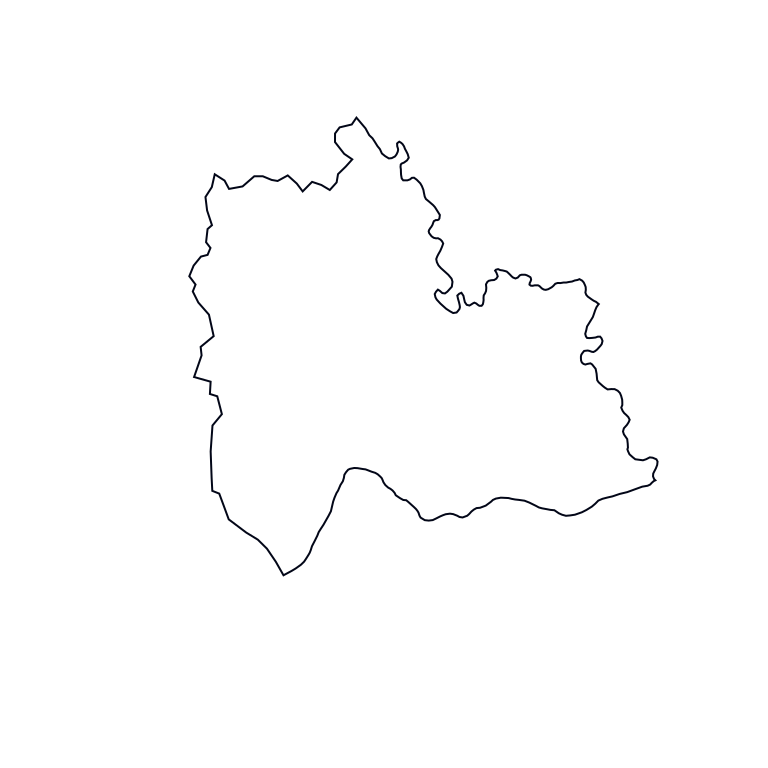 outline of Verkhnyadzvinsk, Vitebsk, Belarus, rotated 312°
{"feature_id": "67162791B82603429459213", "entity_name": "Verkhnyadzvinsk", "entity_type": "district", "adm_level": 2, "iso_a3": "BLR", "parent_name": "Belarus", "parent_adm1": "Vitebsk", "projection": "mercator", "projection_center": [28.26, 55.859], "detail": "fine", "context": "isolated", "style": "outline", "palette": "ink", "viewbox_px": 768, "rotation_deg": 312, "n_neighbors": 0, "source": "geoboundaries", "source_scale": "gbopen_adm2", "svg_char_len": 5758}
<svg xmlns="http://www.w3.org/2000/svg" viewBox="0 0 768 768"><g transform="rotate(312 384 384)"><path d="M494.0,650.1L494.1,648.3L495.4,645.7L497.6,644.0L500.1,643.3L503.2,642.5L506.6,641.2L509.4,639.2L510.3,636.8L509.0,633.0L507.3,630.6L503.4,629.1L500.6,627.5L498.4,624.3L496.2,621.1L496.0,617.6L496.0,613.5L497.3,610.4L498.4,608.5L499.9,607.9L502.7,605.1L505.8,601.6L506.4,599.0L507.1,596.0L508.6,593.4L511.6,591.9L514.0,591.9L516.2,591.9L519.2,591.4L521.8,590.5L522.9,587.7L523.1,584.7L523.1,581.9L523.7,579.3L525.2,576.1L527.8,575.2L530.0,573.2L531.7,571.5L533.9,568.1L535.2,565.3L535.4,562.2L534.5,558.8L532.2,556.2L529.6,553.8L529.1,550.8L528.9,548.0L528.9,544.7L528.9,542.3L529.5,539.9L531.4,537.8L533.9,535.1L535.1,533.5L536.9,531.1L537.2,529.2L537.8,525.6L537.5,523.6L535.0,521.7L533.2,520.6L532.4,518.8L532.4,516.6L533.3,514.8L534.9,513.1L536.4,511.8L537.9,511.0L540.2,510.7L542.5,510.6L545.2,513.0L546.0,514.4L547.0,516.9L547.9,518.2L549.7,518.9L552.1,519.3L554.3,519.3L557.2,519.3L559.3,519.1L562.2,517.6L563.5,515.1L563.8,512.9L562.2,511.2L560.1,510.1L557.6,507.9L555.6,506.0L554.1,504.1L554.5,502.2L555.9,500.0L559.5,498.2L562.6,496.4L567.0,495.6L573.5,494.4L576.4,493.2L580.1,491.6L583.3,490.5L586.4,490.1L587.1,490.1L586.9,486.5L586.2,484.2L585.8,481.5L585.3,477.0L585.6,474.6L586.7,472.5L589.0,471.0L591.0,469.0L591.9,467.3L593.1,464.5L593.4,462.1L592.7,459.1L590.8,458.2L588.6,456.5L586.0,455.2L583.6,453.2L581.3,451.5L579.5,449.5L577.1,447.6L575.2,445.4L573.1,444.2L570.2,444.2L568.1,443.9L564.3,442.6L562.2,441.2L561.2,439.7L560.7,437.8L560.7,435.9L560.8,434.0L560.4,432.5L558.2,430.0L556.4,428.7L555.3,427.3L555.2,425.6L556.6,424.7L558.2,424.3L559.9,423.6L560.9,422.3L561.3,421.3L561.0,419.8L560.4,417.5L559.7,415.9L558.8,414.8L557.2,413.1L555.7,412.2L554.6,412.2L552.6,412.2L550.4,411.1L549.5,408.8L549.4,406.9L549.6,404.5L549.7,401.9L549.7,400.0L549.0,398.5L547.8,396.2L546.4,394.1L545.7,391.9L543.8,390.7L542.6,390.7L542.0,392.9L541.0,394.9L540.1,396.5L537.5,397.0L535.0,396.3L532.8,394.2L530.8,392.8L529.0,392.5L526.3,393.1L523.9,395.7L521.4,397.6L519.1,398.4L516.6,398.8L514.5,400.4L513.1,401.8L511.2,403.1L509.4,404.1L507.4,404.2L505.9,402.5L505.6,400.5L505.6,398.8L504.9,396.7L503.3,396.1L501.4,395.6L499.5,395.0L498.2,392.5L498.9,389.4L500.4,387.2L502.7,384.0L503.6,380.5L501.4,379.5L498.8,379.3L496.9,381.9L494.9,385.1L493.2,387.5L491.9,389.0L490.2,389.9L487.8,390.1L485.7,390.1L483.0,387.9L482.2,384.4L481.5,379.9L481.5,376.7L481.5,372.1L482.0,366.7L482.8,364.3L484.8,361.5L487.4,360.9L490.2,360.9L490.6,363.3L490.6,366.5L492.1,368.7L495.0,369.3L497.8,369.3L501.7,369.3L505.8,366.5L507.5,363.7L508.2,358.7L508.2,351.3L508.2,348.7L508.6,345.1L509.9,341.8L511.8,339.2L514.4,338.2L517.0,337.5L520.7,336.7L524.8,335.3L528.0,334.0L528.9,331.7L529.1,329.3L528.5,326.7L527.0,325.1L525.9,323.1L525.6,320.5L526.3,316.7L527.3,315.1L528.5,314.5L530.8,314.1L532.5,314.0L534.9,313.5L536.4,312.8L538.4,312.1L540.5,312.8L541.4,313.9L542.6,314.6L544.1,314.4L547.0,312.4L548.5,307.1L549.5,303.6L549.8,301.0L549.7,295.5L549.5,291.4L550.5,288.9L552.9,285.6L554.6,283.4L556.4,279.8L557.4,276.7L557.7,271.6L557.4,268.3L555.9,266.8L553.4,266.4L551.0,265.1L548.2,262.0L548.6,259.6L550.9,256.7L552.7,254.9L554.7,253.0L556.4,251.0L558.3,249.6L559.6,249.6L561.9,250.7L565.6,251.5L568.7,251.0L570.7,247.8L571.8,245.0L572.8,242.2L574.0,239.9L574.7,237.3L574.7,235.3L574.3,233.2L572.3,232.8L571.5,232.8L569.5,234.8L568.4,236.7L567.5,237.8L565.8,238.8L562.9,239.7L560.4,239.9L557.0,238.6L554.9,236.7L554.1,232.4L553.9,228.2L555.8,223.8L556.4,220.0L557.9,214.8L558.9,211.0L559.0,206.6L560.7,201.7L561.6,199.2L563.5,185.3L555.3,186.4L545.0,179.3L537.4,180.0L531.0,185.7L528.4,200.4L529.7,210.1L520.1,210.1L509.2,209.4L502.1,213.9L491.9,213.9L490.0,204.3L486.1,195.3L472.7,194.7L474.6,185.1L474.6,172.9L463.7,169.1L460.5,164.0L457.3,155.0L451.6,148.6L436.2,146.7L425.3,138.3L428.5,129.4L426.6,117.9L415.1,124.3L403.5,126.2L394.6,136.4L386.9,149.9L381.1,149.2L370.3,156.9L369.0,164.0L361.9,166.5L356.2,162.7L344.6,163.3L333.8,167.2L331.8,177.4L324.8,180.0L320.3,191.5L318.4,207.5L305.6,225.4L288.9,222.9L283.2,229.3L262.1,238.2L269.7,253.6L260.1,261.3L263.3,268.3L253.1,283.7L238.4,284.3L217.9,300.3L198.7,318.9L189.7,327.9L192.3,334.9L185.9,347.1L179.5,359.2L181.4,381.0L183.9,394.4L183.3,407.2L179.5,422.6L174.6,437.3L183.2,440.4L187.8,441.8L194.1,443.2L198.5,443.5L202.0,443.0L206.6,442.2L208.9,441.7L211.6,440.7L215.3,439.0L221.1,437.5L226.8,435.9L230.2,434.6L234.3,433.9L238.9,433.2L248.9,431.0L253.9,429.7L262.6,424.9L266.4,423.3L271.1,421.7L274.0,421.2L279.9,419.2L284.2,418.5L287.4,417.0L290.0,415.3L293.0,414.8L296.3,414.7L298.2,415.5L301.7,418.1L303.8,420.7L306.6,425.1L308.2,427.4L309.3,430.2L310.5,433.4L312.1,436.9L312.7,439.7L312.7,443.3L312.5,445.4L311.6,447.4L310.6,449.4L309.8,452.6L309.8,456.4L310.4,458.9L310.6,461.6L310.2,464.7L309.2,467.2L309.9,472.3L310.7,475.9L312.5,478.3L312.6,480.8L312.6,483.3L312.6,485.3L312.6,488.6L312.5,491.4L312.1,493.7L311.5,495.7L309.9,498.5L309.2,500.6L310.1,505.4L312.4,508.6L315.5,511.3L318.9,512.7L323.3,514.4L326.1,515.7L328.5,517.0L331.8,519.8L333.6,522.5L335.1,526.5L335.7,529.1L337.4,531.7L341.8,534.0L344.4,534.3L347.7,534.3L350.8,534.8L353.7,535.8L356.3,538.2L361.7,541.0L368.1,542.3L370.7,542.5L373.7,543.8L377.7,546.9L380.0,549.7L382.6,552.9L384.0,555.6L385.9,558.7L388.0,561.6L391.3,566.5L393.1,571.3L395.1,578.4L395.9,581.7L397.4,584.7L400.0,588.9L401.8,591.9L404.2,595.1L404.9,600.4L406.0,603.8L407.8,607.4L410.8,610.2L414.7,613.4L421.1,616.9L425.8,618.7L431.9,620.5L436.4,621.1L440.8,621.3L444.9,623.2L449.0,625.9L453.4,629.0L460.0,632.7L466.4,637.1L473.2,640.7L480.5,644.6L484.8,648.0L487.4,649.1L489.5,649.1L492.3,649.4L494.0,650.1Z" fill="none" stroke="#020617" stroke-width="2"/></g></svg>